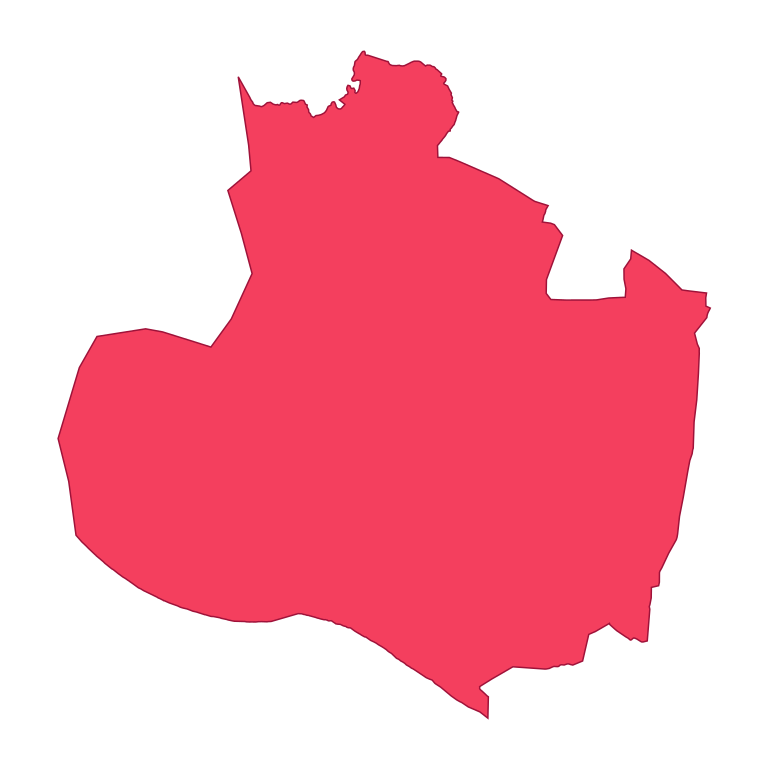 Keta Municipal, Volta, Ghana, rotated 91°
{"feature_id": "2480657B20833842549797", "entity_name": "Keta Municipal", "entity_type": "district", "adm_level": 2, "iso_a3": "GHA", "parent_name": "Ghana", "parent_adm1": "Volta", "projection": "mercator", "projection_center": [0.862, 5.938], "detail": "fine", "context": "isolated", "style": "filled", "palette": "rose", "viewbox_px": 768, "rotation_deg": 91, "n_neighbors": 0, "source": "geoboundaries", "source_scale": "gbopen_adm2", "svg_char_len": 6011}
<svg xmlns="http://www.w3.org/2000/svg" viewBox="0 0 768 768"><g transform="rotate(91 384 384)"><path d="M302.4,59.1L300.5,63.5L292.2,63.8L287.4,63.1L285.6,80.8L284.8,87.7L268.7,104.3L255.8,121.2L245.9,138.9L254.6,139.5L264.7,146.1L275.1,145.8L284.6,143.8L293.1,144.3L293.3,148.6L294.1,160.9L296.2,172.9L296.4,177.7L296.9,203.7L296.6,218.6L290.6,223.4L276.8,223.4L232.4,208.0L221.7,216.4L220.3,220.2L219.3,228.5L216.9,227.9L212.6,227.1L210.8,226.1L208.4,225.4L207.0,225.3L202.8,223.0L198.8,236.4L197.6,238.6L176.8,272.8L160.2,312.7L156.4,322.6L156.5,334.1L144.6,334.7L143.5,333.7L141.1,331.9L140.3,331.2L139.2,330.3L138.4,329.9L135.3,327.4L134.3,326.7L132.6,325.8L130.2,324.0L129.8,322.2L128.2,322.3L126.8,321.0L124.8,319.7L124.0,318.9L122.9,318.2L121.6,317.9L119.4,317.0L114.3,315.7L111.0,314.1L110.7,314.2L110.3,315.8L109.1,316.4L108.2,317.1L106.0,318.1L103.6,319.6L102.8,319.9L101.5,320.7L100.0,320.1L99.1,321.1L96.5,320.6L93.6,322.0L92.0,321.7L88.2,324.0L84.9,325.6L83.3,328.8L82.9,329.3L82.2,329.5L80.4,328.0L79.2,327.4L77.6,327.4L76.5,328.5L76.1,329.0L75.8,329.9L75.3,332.2L75.0,332.6L74.2,332.5L73.3,331.8L72.8,331.8L68.8,336.4L68.1,337.7L67.0,338.3L65.9,339.6L65.8,340.2L65.7,341.3L64.6,343.0L64.4,343.7L64.4,346.4L65.3,348.1L61.4,352.9L60.8,354.3L60.6,355.5L60.7,359.5L61.0,360.4L62.0,362.7L63.0,364.4L63.4,365.2L64.9,368.2L65.4,369.2L65.5,369.9L65.7,370.9L65.5,373.2L65.1,374.0L65.3,376.1L65.5,377.2L65.4,381.4L64.7,383.2L64.3,383.9L63.4,384.6L61.6,385.5L61.4,385.9L61.5,386.4L55.5,406.1L55.7,406.5L55.4,408.3L55.0,408.5L53.0,408.7L51.9,409.2L51.7,409.5L51.9,410.9L52.1,411.3L52.6,411.7L53.8,412.6L55.7,413.7L57.8,415.1L59.1,415.7L60.1,416.4L62.0,418.5L62.8,418.7L65.6,419.1L66.3,419.2L67.8,420.0L69.4,420.3L70.7,420.2L71.6,419.8L72.0,419.4L73.0,419.1L74.0,419.0L75.6,419.2L79.3,421.4L79.7,421.5L80.7,421.3L81.2,421.0L81.7,420.2L81.5,418.2L80.6,416.4L80.8,414.1L81.1,413.0L84.5,413.0L86.0,413.5L89.0,413.9L91.6,414.9L92.5,415.4L93.8,416.9L93.7,417.5L93.0,418.2L91.1,418.0L88.7,419.4L89.1,421.2L89.0,421.8L88.5,422.3L86.5,423.2L86.0,425.2L86.6,425.6L87.4,426.0L89.0,426.4L90.7,426.2L92.8,425.0L94.6,425.3L94.9,425.5L95.1,425.9L95.6,427.2L95.8,427.6L97.5,428.6L100.7,433.6L105.0,428.0L105.9,428.5L107.0,429.4L107.4,429.9L109.0,431.2L109.7,432.1L109.8,433.6L109.6,434.7L108.3,436.3L108.0,436.5L105.7,437.1L103.1,438.3L102.7,439.0L103.0,440.4L103.1,440.7L104.7,441.7L106.1,441.9L106.4,442.4L107.2,444.2L107.6,444.7L111.3,446.3L113.0,447.5L114.1,448.6L115.7,451.5L116.5,454.3L116.8,456.7L118.7,459.0L117.1,461.7L115.9,462.0L114.8,462.7L113.9,463.7L113.0,464.0L111.0,464.2L108.4,465.8L107.2,465.7L106.3,465.7L106.2,465.9L105.7,467.3L105.2,467.6L103.0,468.6L102.4,468.9L101.9,469.6L101.7,471.9L102.0,473.1L103.7,475.3L104.0,476.3L103.8,479.3L103.8,480.1L105.5,481.8L105.9,482.9L105.7,483.7L105.4,484.2L104.9,485.3L104.9,485.9L105.4,488.5L104.6,490.4L104.5,490.9L104.6,491.5L105.0,491.9L105.6,492.4L106.6,492.8L107.0,493.4L107.0,494.0L106.9,494.6L106.4,495.1L106.5,495.9L106.7,496.4L106.8,497.0L106.2,499.5L104.3,502.5L104.8,505.7L107.6,508.8L108.8,511.0L108.6,512.5L108.3,513.2L108.0,515.8L107.9,516.0L107.9,516.9L107.7,517.7L107.4,518.3L106.1,519.6L105.8,519.8L104.7,520.1L101.9,522.2L101.5,522.3L101.2,522.6L100.1,523.0L79.4,535.1L147.6,523.5L173.2,520.7L193.2,543.5L236.0,529.2L275.9,517.8L321.6,537.8L350.1,557.7L335.8,606.2L333.0,623.3L341.5,671.8L372.9,688.9L444.2,708.9L487.0,697.5L540.6,689.3L547.2,683.3L551.3,678.8L553.6,676.5L559.8,669.7L560.1,669.2L560.7,668.8L566.6,661.5L568.1,660.0L573.6,652.9L574.3,651.5L578.6,645.9L578.9,645.4L581.5,641.8L582.9,639.3L587.8,632.0L592.1,625.9L593.0,623.8L594.9,620.5L601.1,607.1L601.8,606.1L602.4,604.5L604.2,600.8L604.4,600.7L604.3,600.4L606.7,594.7L609.4,586.6L610.7,583.8L611.4,581.4L612.4,576.8L614.5,571.1L615.2,567.7L617.8,559.1L617.7,558.9L619.4,552.9L619.5,550.3L620.6,544.0L621.1,542.7L622.2,537.1L622.6,535.9L623.5,531.4L623.8,529.4L623.9,519.9L623.9,518.9L624.2,517.5L624.3,513.6L624.2,513.2L624.2,508.1L623.8,505.2L623.8,503.3L623.7,502.9L623.8,496.7L623.6,495.8L623.4,492.7L615.1,465.9L615.2,462.2L615.9,459.9L615.9,459.1L616.5,457.3L616.8,454.8L617.1,454.3L617.3,453.1L617.4,452.9L618.6,448.2L619.2,446.5L619.3,445.7L620.0,443.3L620.8,439.6L620.6,438.8L620.9,437.6L621.2,436.4L621.6,435.9L621.8,435.0L621.6,432.7L621.8,432.2L624.0,428.9L624.3,428.3L624.6,428.1L624.9,426.4L625.1,423.4L626.5,420.5L627.2,417.7L627.9,416.8L628.3,415.5L628.4,413.3L631.8,408.5L634.3,404.1L634.3,403.9L635.5,402.1L636.9,399.5L637.3,398.5L637.3,397.7L640.6,392.9L642.1,389.5L643.3,387.2L644.8,385.0L646.7,381.5L649.5,377.1L650.8,375.7L651.9,374.2L653.2,371.9L656.8,368.0L657.2,367.7L658.2,366.4L658.9,364.7L659.5,363.8L660.7,362.3L661.5,360.6L662.9,358.4L664.5,356.7L666.4,353.2L666.9,352.7L667.8,351.2L668.3,350.0L676.9,336.6L678.3,333.3L679.0,331.1L679.4,330.5L682.3,328.0L683.1,326.9L686.0,322.2L694.7,311.4L698.0,306.6L698.5,305.9L700.4,302.4L701.0,300.9L705.4,294.1L710.2,282.4L716.3,274.3L694.9,274.2L694.1,275.4L690.5,279.3L687.7,282.6L686.7,283.1L685.5,283.0L684.9,283.1L677.1,271.1L664.5,250.2L666.2,218.1L666.1,216.7L665.5,213.8L664.0,210.7L663.5,209.5L663.4,208.3L663.5,207.4L663.5,205.1L663.2,204.4L662.7,203.7L662.1,203.2L661.8,202.6L661.6,201.7L661.8,198.9L660.8,196.3L660.6,195.1L660.8,193.9L661.3,192.4L661.7,190.3L657.5,180.6L630.8,174.9L627.6,168.0L619.4,154.4L620.5,154.1L625.2,148.7L626.8,146.7L630.7,140.7L632.6,137.8L633.8,135.6L635.6,133.4L635.7,133.0L635.4,132.1L634.1,130.8L633.7,130.1L633.6,129.6L633.8,128.6L634.6,126.7L636.9,122.9L637.4,121.9L637.4,120.5L636.3,116.3L604.5,114.3L601.9,114.9L600.0,114.3L597.8,113.9L593.2,113.1L582.7,113.1L580.9,105.9L577.4,105.2L567.7,105.3L566.4,104.9L562.9,103.0L548.2,96.4L534.5,89.0L532.0,88.3L528.7,87.8L511.1,86.2L492.0,82.8L466.3,78.8L455.2,76.9L448.4,74.7L444.5,74.2L442.8,73.7L416.5,73.3L394.4,71.0L368.0,69.8L347.7,69.3L346.4,69.4L342.9,69.4L338.7,71.4L327.7,74.4L312.0,62.4L309.7,62.1L307.8,61.6L305.9,60.8L303.8,59.7L302.4,59.1Z" fill="#f43f5e" stroke="#9f1239" stroke-width="1.5"/></g></svg>